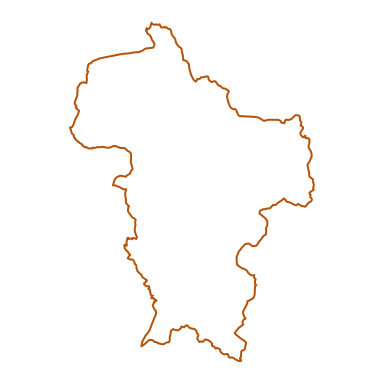 Mdrak District, Đắk Lắk, Vietnam
{"feature_id": "81297802B27744921596224", "entity_name": "Mdrak District", "entity_type": "district", "adm_level": 2, "iso_a3": "VNM", "parent_name": "Vietnam", "parent_adm1": "Đắk Lắk", "projection": "robinson", "projection_center": [108.788, 12.703], "detail": "fine", "context": "isolated", "style": "outline", "palette": "amber", "viewbox_px": 384, "rotation_deg": 0, "n_neighbors": 0, "source": "geoboundaries", "source_scale": "gbopen_adm2", "svg_char_len": 5968}
<svg xmlns="http://www.w3.org/2000/svg" viewBox="0 0 384 384"><path d="M125.3,249.3L128.2,252.2L129.0,253.9L130.2,254.7L130.0,255.3L128.6,256.6L127.9,258.2L130.2,259.5L132.5,259.5L133.3,260.2L134.6,262.4L134.7,263.8L136.3,265.3L136.5,268.3L137.3,270.0L137.4,271.2L139.1,272.6L139.4,273.3L141.2,274.4L142.2,276.8L143.0,277.6L146.7,280.1L146.7,281.1L145.8,281.5L145.6,282.2L144.1,283.4L144.3,284.4L145.7,285.8L147.4,286.3L148.7,286.2L149.2,286.5L149.3,287.6L148.5,288.8L150.2,290.1L149.9,291.7L150.7,293.3L150.6,294.5L151.0,295.0L152.7,295.8L151.5,296.9L151.4,298.1L153.8,298.3L154.2,299.4L156.0,299.9L156.4,300.6L156.2,301.0L154.1,301.8L153.9,302.1L154.2,302.8L153.5,303.4L153.3,304.4L152.7,305.2L153.9,308.4L156.0,311.1L155.7,311.8L156.3,312.7L155.8,314.6L152.8,321.7L149.8,329.7L147.1,334.0L145.6,335.4L142.0,342.3L141.5,346.0L143.2,345.3L148.9,340.3L150.0,339.8L152.6,340.2L154.6,341.9L157.0,342.4L158.2,343.2L161.2,344.1L163.8,344.2L166.2,342.5L168.3,342.4L169.4,341.7L169.6,340.9L169.8,336.9L170.6,333.9L171.0,330.7L173.2,329.1L175.1,330.0L177.8,330.4L180.3,328.9L181.6,326.5L184.0,327.3L186.1,325.4L187.1,325.4L189.9,328.1L194.7,329.2L196.4,330.9L196.9,333.1L198.3,334.7L198.3,335.7L197.3,337.6L197.3,338.6L199.1,341.7L199.6,342.0L201.2,341.4L202.7,341.8L205.3,339.4L207.7,340.0L209.5,341.0L211.6,342.9L212.2,343.8L211.9,345.7L214.4,346.8L215.5,348.5L215.9,348.6L216.9,347.9L219.9,349.2L220.3,350.1L220.2,351.3L220.5,351.8L222.8,353.9L224.5,354.3L227.4,354.0L228.1,354.6L228.6,356.4L229.2,357.4L229.7,357.6L232.0,357.4L233.1,357.8L236.2,359.8L238.7,361.0L241.1,360.8L241.1,359.9L240.0,358.8L241.0,356.1L241.2,351.8L242.0,350.7L244.1,349.8L244.8,349.0L245.4,345.7L246.0,344.0L246.0,342.8L244.8,341.1L240.9,338.6L235.4,334.1L234.9,333.5L234.9,332.7L238.5,328.1L243.1,324.6L243.1,323.9L242.5,322.7L242.5,321.9L243.7,319.6L245.5,318.6L244.4,316.9L243.1,313.6L243.1,311.5L247.2,303.6L247.6,301.1L248.7,300.8L253.2,298.3L254.6,295.1L255.0,286.3L256.2,285.2L255.6,284.7L255.0,283.1L255.0,280.9L255.6,279.2L254.7,278.4L254.1,277.3L254.2,275.2L251.8,275.5L249.8,274.4L248.3,273.0L246.9,270.7L246.3,270.2L244.4,269.0L242.7,268.5L240.6,267.4L237.1,264.8L236.8,262.7L236.5,257.5L238.7,251.7L242.4,247.0L244.9,244.5L246.2,243.8L249.1,243.6L252.2,246.1L254.3,246.1L256.3,245.5L256.9,245.1L259.2,241.5L261.5,238.8L263.4,235.9L265.9,234.5L266.2,230.7L265.9,228.5L267.2,225.5L267.4,224.1L267.2,221.0L265.6,218.6L259.5,213.4L259.8,211.2L260.3,210.6L263.3,209.2L265.3,209.2L266.1,208.7L270.1,208.2L272.9,205.1L275.9,204.8L278.2,202.6L282.2,200.0L283.9,198.5L285.1,199.5L286.5,201.5L287.7,202.0L289.9,202.4L295.0,205.1L296.2,205.3L298.2,203.9L300.7,205.5L305.3,206.7L308.7,202.6L311.1,201.3L311.9,199.8L311.7,198.7L310.2,196.8L310.6,194.7L309.8,194.0L309.5,192.8L310.1,192.2L313.7,189.7L313.2,188.1L313.9,184.6L313.1,182.2L313.1,180.0L312.7,179.2L309.8,176.9L309.3,175.9L309.1,173.0L307.5,165.3L307.6,164.4L309.8,161.0L311.5,156.9L311.7,154.9L311.1,151.8L308.8,147.8L308.5,146.4L308.9,144.4L309.4,143.3L309.4,139.5L308.5,138.3L305.6,138.1L305.4,137.8L305.5,136.0L304.9,135.8L303.4,137.2L303.0,137.2L302.1,136.6L300.7,134.8L300.3,133.4L300.9,131.8L302.9,128.8L303.1,127.7L302.2,126.4L300.7,125.6L301.4,122.7L301.1,121.9L300.2,120.9L299.6,116.2L298.3,115.3L295.7,115.2L294.4,116.0L292.6,118.0L291.1,119.2L288.4,120.0L285.8,119.7L285.3,120.4L284.6,122.7L283.9,123.3L282.1,122.5L281.3,122.6L280.3,120.7L278.5,119.9L268.5,119.7L264.8,120.7L263.3,120.6L259.2,117.8L255.4,116.9L239.5,116.1L238.2,115.1L236.4,110.5L235.6,109.5L235.1,109.1L233.7,109.1L231.6,108.4L230.5,107.3L229.5,105.5L227.9,101.0L227.1,97.0L227.2,94.8L228.8,91.6L228.6,90.9L227.5,90.0L225.3,88.7L222.7,88.2L220.3,86.0L218.5,85.5L215.4,81.4L213.6,81.3L211.9,82.1L210.7,81.6L208.8,79.7L208.2,76.8L207.5,76.4L205.1,76.6L202.6,77.4L201.2,77.2L199.8,78.8L197.2,79.1L196.8,80.5L195.8,81.5L194.8,80.9L193.4,79.4L191.2,75.1L189.3,68.7L188.9,64.2L186.4,61.0L183.4,60.1L182.8,55.3L181.8,51.3L181.5,48.5L178.8,46.5L176.6,43.9L175.8,41.6L175.1,38.8L173.0,36.1L171.5,33.8L171.2,31.5L170.5,29.7L169.9,29.1L168.1,28.8L166.1,27.1L165.3,27.7L164.3,27.0L161.8,27.6L160.9,27.1L159.6,24.4L157.2,24.8L156.1,24.4L154.0,24.8L152.4,23.9L151.6,23.0L151.2,23.5L150.4,27.0L148.7,28.9L147.9,29.4L146.8,28.2L146.4,28.6L146.0,30.9L146.6,31.4L147.4,33.3L147.9,33.9L149.9,35.2L150.8,36.7L151.8,39.6L154.4,43.5L154.5,44.3L153.7,46.8L152.9,47.7L145.9,48.5L144.8,48.9L143.0,50.4L138.9,52.1L133.4,52.5L128.3,53.5L125.8,53.5L120.6,54.2L100.2,58.3L92.9,61.1L90.7,63.4L89.0,63.8L88.3,64.7L87.2,69.8L87.3,71.0L88.2,71.6L86.6,75.3L86.9,79.4L86.4,83.0L83.6,82.3L81.8,82.6L79.9,83.8L79.1,85.6L78.5,86.2L77.6,87.8L77.4,88.5L77.6,90.9L77.2,93.5L77.3,95.6L75.3,100.7L74.7,103.1L75.0,104.6L76.5,106.1L76.6,106.6L75.8,107.8L79.1,110.9L77.5,115.4L75.1,119.6L73.5,124.6L72.0,127.0L71.4,127.3L70.5,127.3L70.1,127.6L70.1,128.1L71.0,130.0L71.6,132.8L72.2,133.8L73.7,134.8L73.7,136.3L74.3,137.7L75.1,138.2L75.4,139.5L76.7,140.2L77.6,141.6L78.8,142.0L79.3,142.7L82.4,144.6L82.8,146.0L84.1,146.5L85.0,147.5L86.2,147.0L88.3,148.4L89.9,148.3L91.7,148.7L92.8,147.6L94.8,148.0L97.5,147.1L99.2,147.3L102.2,146.8L106.3,147.6L109.6,147.7L113.1,146.2L115.3,145.9L120.0,147.9L124.5,148.0L127.2,150.5L129.9,152.2L130.9,153.6L131.1,155.7L130.8,162.5L132.1,166.9L132.6,169.1L132.4,169.6L131.2,170.6L130.5,171.8L130.3,173.2L129.6,173.9L126.8,175.5L125.9,176.7L120.6,175.7L117.2,176.8L115.4,178.6L114.7,179.9L113.2,184.3L113.1,185.3L115.0,185.4L119.5,187.1L123.4,189.3L125.9,189.2L126.1,189.5L125.2,193.1L125.2,194.7L125.8,198.9L126.0,203.0L129.0,206.5L128.2,207.7L128.1,208.6L128.0,211.2L128.7,212.5L132.1,217.2L134.4,218.5L135.5,219.5L135.6,219.9L135.1,222.2L135.5,225.3L134.8,228.5L134.7,230.5L135.7,234.4L136.8,236.6L136.8,237.8L136.1,238.9L135.4,238.5L133.0,238.1L132.6,238.2L132.3,239.1L130.9,238.5L128.8,238.9L128.3,237.9L127.6,237.9L126.7,240.9L126.5,243.2L126.8,245.4L126.3,245.6L125.3,244.7L124.4,245.1L124.3,246.5L125.3,249.3Z" fill="none" stroke="#b45309" stroke-width="2"/></svg>